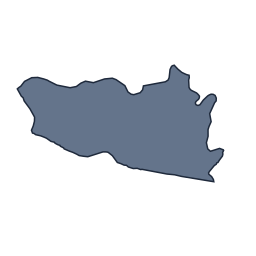 Catarina, San Marcos, Guatemala (Robinson projection), rotated 252°
{"feature_id": "79465075B50413520272297", "entity_name": "Catarina", "entity_type": "district", "adm_level": 2, "iso_a3": "GTM", "parent_name": "Guatemala", "parent_adm1": "San Marcos", "projection": "robinson", "projection_center": [-92.07, 14.848], "detail": "fine", "context": "isolated", "style": "filled", "palette": "slate", "viewbox_px": 256, "rotation_deg": 252, "n_neighbors": 0, "source": "geoboundaries", "source_scale": "gbopen_adm2", "svg_char_len": 1739}
<svg xmlns="http://www.w3.org/2000/svg" viewBox="0 0 256 256"><g transform="rotate(252 128 128)"><path d="M126.5,220.2L129.2,221.2L132.1,220.9L133.8,219.3L134.5,217.3L134.3,215.3L133.9,213.7L131.3,208.3L127.9,203.6L127.8,201.5L129.0,200.0L130.0,199.7L131.2,199.9L132.2,200.9L133.0,202.7L133.4,203.8L134.6,205.1L136.2,205.8L137.7,205.3L139.0,204.7L140.2,204.0L144.1,200.0L145.1,199.3L146.4,198.8L147.8,198.6L154.9,200.5L156.9,201.8L159.3,202.4L160.6,200.3L162.3,198.4L164.3,196.3L168.8,193.5L172.0,192.0L173.4,191.4L173.5,189.9L173.2,188.5L170.7,186.1L163.2,182.7L161.2,180.9L160.4,177.8L163.3,155.7L159.8,153.7L157.8,150.5L157.9,143.8L159.2,141.4L162.3,139.1L169.3,138.1L177.7,131.6L180.2,128.5L181.9,120.8L181.8,109.1L185.7,102.0L185.2,97.0L183.4,91.7L184.2,85.4L190.8,73.6L196.9,67.4L198.4,66.1L200.7,63.0L204.0,57.8L205.6,52.0L204.3,44.0L200.9,39.0L200.1,36.4L199.4,34.8L191.2,36.4L189.2,37.6L185.8,37.6L176.5,40.7L167.2,42.5L163.3,41.1L159.2,38.5L155.7,35.5L152.7,35.6L151.8,37.0L150.2,38.1L147.5,42.6L145.1,45.5L143.5,47.3L139.1,50.6L137.2,53.6L136.1,53.9L133.8,56.1L132.4,58.0L131.6,58.0L129.0,60.6L127.9,60.8L124.2,65.0L121.9,68.0L118.9,71.2L116.9,73.0L114.8,77.1L113.1,80.9L113.0,96.8L112.1,99.6L111.2,101.4L109.7,102.5L106.5,104.6L98.5,107.2L96.3,110.2L93.9,112.8L93.0,115.0L90.8,116.3L87.8,120.5L86.8,124.3L84.5,127.3L84.4,128.5L72.2,150.8L69.1,157.9L65.4,164.0L50.4,193.0L52.7,193.3L56.0,192.5L59.0,190.6L60.5,190.8L61.7,192.3L65.7,198.6L66.2,200.6L67.4,201.6L67.4,202.9L69.0,204.7L72.1,209.1L73.9,210.2L75.4,210.4L77.1,212.0L77.8,211.9L80.3,208.8L80.4,199.2L83.5,197.4L89.8,198.0L95.4,201.6L101.7,203.6L104.5,205.6L108.3,209.0L116.4,210.1L125.3,218.2L126.5,220.2Z" fill="#64748b" stroke="#1e293b" stroke-width="1.5"/></g></svg>